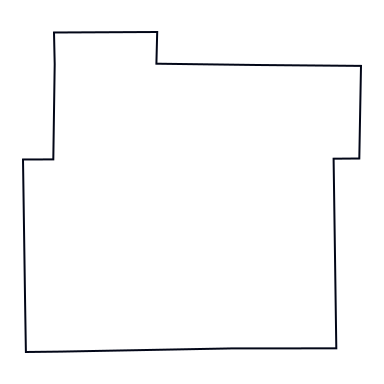 the district of Whitley, Indiana, United States of America
{"feature_id": "52423323B56152187433060", "entity_name": "Whitley", "entity_type": "district", "adm_level": 2, "iso_a3": "USA", "parent_name": "United States of America", "parent_adm1": "Indiana", "projection": "robinson", "projection_center": [-85.517, 41.149], "detail": "fine", "context": "isolated", "style": "outline", "palette": "ink", "viewbox_px": 384, "rotation_deg": 0, "n_neighbors": 0, "source": "geoboundaries", "source_scale": "gbopen_adm2", "svg_char_len": 329}
<svg xmlns="http://www.w3.org/2000/svg" viewBox="0 0 384 384"><path d="M25.1,303.1L25.9,352.0L61.1,351.6L232.3,348.4L284.2,348.4L336.3,348.3L335.0,256.2L333.6,158.7L359.3,158.5L361.0,65.9L257.3,65.0L156.4,63.7L157.2,32.0L54.0,32.5L54.7,64.2L53.3,159.4L23.0,159.5L25.1,303.1Z" fill="none" stroke="#020617" stroke-width="2"/></svg>